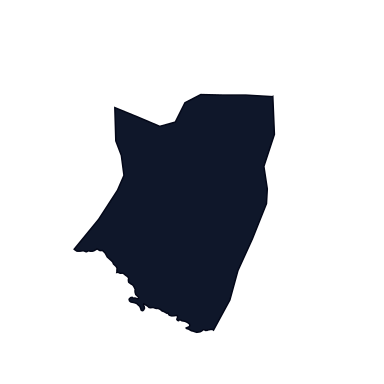 Safaga, Al Bahr al Ahmar, Egypt, rotated 136°
{"feature_id": "37247803B18851026884182", "entity_name": "Safaga", "entity_type": "district", "adm_level": 2, "iso_a3": "EGY", "parent_name": "Egypt", "parent_adm1": "Al Bahr al Ahmar", "projection": "equal_earth", "projection_center": [33.857, 26.735], "detail": "fine", "context": "isolated", "style": "filled", "palette": "ink", "viewbox_px": 384, "rotation_deg": 136, "n_neighbors": 0, "source": "geoboundaries", "source_scale": "gbopen_adm2", "svg_char_len": 2251}
<svg xmlns="http://www.w3.org/2000/svg" viewBox="0 0 384 384"><g transform="rotate(136 192 192)"><path d="M67.5,204.6L67.9,204.7L86.3,224.7L101.6,239.4L118.0,256.0L135.0,261.1L155.2,254.0L155.4,253.9L169.6,261.6L177.9,281.2L188.9,306.3L211.3,281.7L217.4,267.4L229.4,251.2L244.4,245.0L278.1,237.2L316.5,232.7L316.4,231.7L315.9,229.5L315.3,228.8L313.8,227.3L312.4,226.3L311.1,225.4L310.4,224.2L309.7,222.5L308.9,222.1L308.1,221.9L307.4,221.7L306.1,219.8L304.5,218.4L303.2,217.8L301.0,217.3L300.1,217.1L299.6,216.5L299.1,214.2L298.5,213.4L297.0,212.1L296.9,210.4L296.9,208.3L297.4,206.5L298.1,204.1L297.7,198.6L297.7,197.4L297.7,196.7L298.5,194.7L298.3,191.0L299.1,188.8L300.2,188.1L300.7,187.5L300.9,187.2L302.0,186.4L301.3,185.9L300.6,184.8L300.2,183.6L299.7,183.0L298.5,182.1L297.9,181.1L297.6,178.3L297.2,176.3L297.2,174.7L297.9,173.4L298.6,173.2L299.1,172.7L300.1,171.3L300.2,170.8L299.9,169.2L299.7,167.9L299.2,166.6L299.4,164.8L299.9,163.1L300.6,161.1L301.2,160.9L301.6,160.5L302.0,160.1L302.5,159.5L303.0,158.6L303.7,157.3L303.6,155.4L303.5,153.7L304.0,152.8L305.2,152.8L306.0,154.1L306.7,155.5L307.4,155.7L307.8,156.0L308.2,157.8L309.4,158.6L311.2,158.7L311.9,158.4L312.6,157.0L312.4,155.4L311.8,154.5L310.8,153.1L309.9,151.6L309.2,150.0L309.2,148.6L309.0,146.0L309.8,143.9L310.6,142.4L310.3,141.2L309.7,140.8L308.5,140.8L306.9,141.4L306.0,142.7L305.4,144.5L304.5,145.0L304.0,144.0L303.7,142.6L303.2,140.9L303.1,138.7L302.2,137.5L300.8,136.5L300.0,135.7L299.1,133.8L298.4,132.8L297.4,132.0L296.7,130.6L296.3,129.1L296.3,127.7L295.7,126.2L295.4,125.9L294.3,122.2L293.3,121.6L293.7,120.6L293.9,119.7L293.8,119.0L292.9,117.3L292.2,116.6L291.0,115.5L288.8,114.0L288.6,113.3L289.4,111.8L290.4,111.5L291.4,110.9L291.6,109.7L291.0,108.7L290.1,108.9L289.2,108.0L288.7,106.3L287.9,105.3L286.8,103.7L285.9,101.3L285.5,98.9L286.1,97.7L286.8,97.2L288.2,97.2L289.6,97.9L290.7,98.2L290.7,97.5L290.4,96.8L289.8,96.1L289.0,93.1L288.4,91.8L288.0,91.7L287.5,90.4L286.7,88.9L286.1,87.8L283.3,85.8L281.6,85.3L279.8,85.2L279.3,84.9L278.7,84.0L278.5,83.1L277.3,82.0L276.4,81.7L274.1,80.2L272.7,78.9L272.5,77.7L239.8,88.0L213.5,103.6L181.2,116.3L146.5,131.9L135.7,141.9L122.5,160.5L92.7,176.2L67.5,204.6Z" fill="#0f172a" stroke="#020617" stroke-width="1.5"/></g></svg>